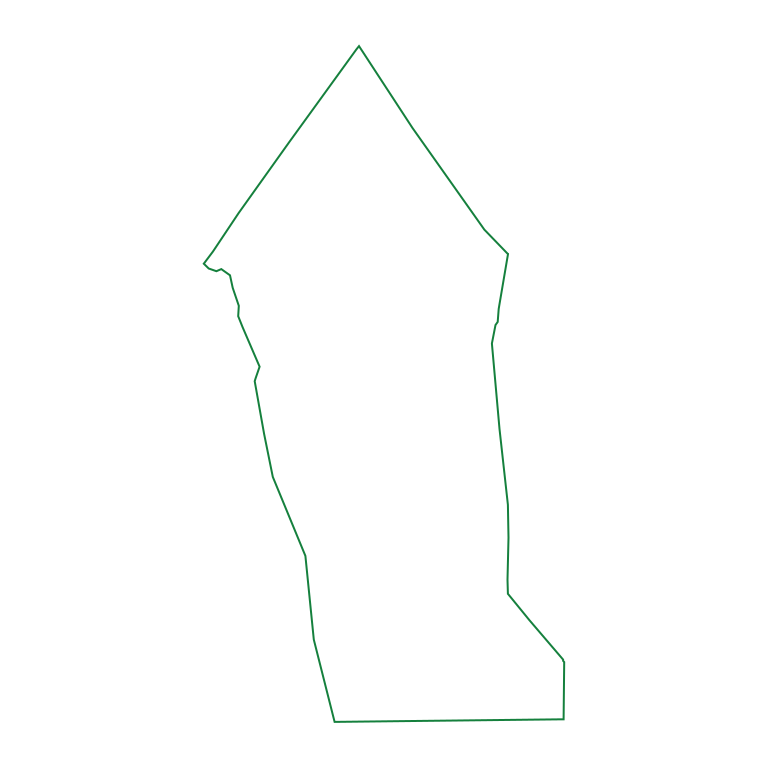 outline of Timbedgha, Hodh ech Chargui, Mauritania
{"feature_id": "47542326B26087332325113", "entity_name": "Timbedgha", "entity_type": "district", "adm_level": 2, "iso_a3": "MRT", "parent_name": "Mauritania", "parent_adm1": "Hodh ech Chargui", "projection": "equal_earth", "projection_center": [-8.178, 16.265], "detail": "fine", "context": "isolated", "style": "outline", "palette": "green", "viewbox_px": 768, "rotation_deg": 0, "n_neighbors": 0, "source": "geoboundaries", "source_scale": "gbopen_adm2", "svg_char_len": 677}
<svg xmlns="http://www.w3.org/2000/svg" viewBox="0 0 768 768"><path d="M507.9,593.8L507.5,579.7L508.5,537.7L507.9,504.8L499.5,428.9L491.9,343.5L495.5,325.0L497.7,321.9L498.7,308.9L499.6,303.5L508.0,254.1L508.0,253.9L507.5,253.6L484.3,229.6L483.9,229.0L412.5,128.0L359.0,46.1L356.3,49.5L289.3,142.0L238.6,213.1L212.9,251.6L203.8,263.7L208.7,268.5L216.4,271.2L221.3,269.1L230.0,275.3L232.7,287.8L238.8,305.8L238.2,316.2L242.6,327.2L259.6,366.7L255.6,378.3L254.7,381.2L264.1,433.9L272.8,476.9L305.4,555.9L313.8,639.6L334.6,721.9L563.0,719.3L563.6,719.3L564.2,662.1L563.1,660.8L563.1,659.6L529.5,620.3L507.9,593.8L507.9,593.8Z" fill="none" stroke="#15803d" stroke-width="2"/></svg>